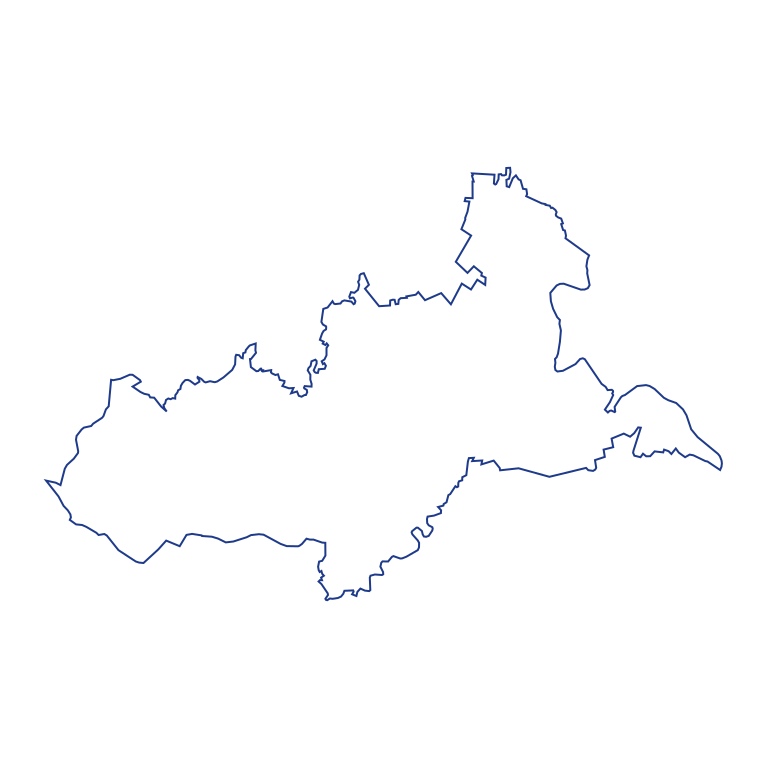 Quoc Oai, Ha Noi, Vietnam
{"feature_id": "81297802B41330613652559", "entity_name": "Quoc Oai", "entity_type": "district", "adm_level": 2, "iso_a3": "VNM", "parent_name": "Vietnam", "parent_adm1": "Ha Noi", "projection": "robinson", "projection_center": [105.6, 20.978], "detail": "fine", "context": "isolated", "style": "outline", "palette": "blue", "viewbox_px": 768, "rotation_deg": 0, "n_neighbors": 0, "source": "geoboundaries", "source_scale": "gbopen_adm2", "svg_char_len": 6102}
<svg xmlns="http://www.w3.org/2000/svg" viewBox="0 0 768 768"><path d="M720.1,470.0L721.5,466.7L721.9,463.3L721.5,460.4L719.8,456.2L718.0,453.9L697.6,437.1L691.2,429.3L686.5,415.3L683.0,409.4L676.2,403.0L668.3,400.2L663.9,397.8L654.6,389.0L649.6,386.0L646.0,385.1L637.1,386.1L625.0,395.0L622.3,396.0L620.9,397.3L614.6,406.9L615.2,411.6L614.7,412.1L611.2,410.5L609.6,410.9L607.9,412.5L604.9,409.6L609.9,402.2L613.2,395.0L612.2,393.4L613.1,391.9L612.9,390.7L611.8,389.8L607.6,390.1L605.7,386.9L601.6,383.9L584.8,359.2L582.8,358.3L580.1,359.0L575.5,364.1L562.9,370.8L557.4,371.5L555.4,370.0L554.8,366.8L555.4,362.9L555.0,359.0L556.7,357.2L558.0,353.6L559.9,341.9L560.9,330.4L559.4,323.8L559.9,320.0L557.2,317.2L553.1,308.8L550.9,301.3L550.3,292.9L556.6,285.5L559.9,283.9L563.7,283.7L580.8,289.6L584.7,289.5L587.8,288.2L589.6,285.1L587.2,273.4L587.4,270.1L586.4,266.3L587.4,259.7L589.1,255.4L565.5,238.3L566.0,235.6L564.9,230.5L563.1,230.0L561.2,224.1L562.9,223.4L561.2,218.6L558.1,217.4L556.0,215.7L555.8,214.4L556.6,212.1L555.4,210.0L552.5,207.7L551.1,208.0L549.8,205.7L545.5,204.9L545.5,204.1L541.8,203.4L526.2,196.2L527.1,194.1L526.4,189.3L523.0,188.8L520.6,180.3L518.6,179.4L515.9,175.4L512.8,178.3L509.2,187.1L506.7,186.3L506.4,179.9L509.1,178.7L510.5,172.2L510.1,167.8L506.3,168.0L506.0,174.7L504.3,175.4L501.9,175.3L501.1,174.1L498.7,174.4L498.5,179.2L496.2,184.0L495.2,184.5L493.9,183.5L494.5,174.7L472.0,173.4L472.8,175.1L472.0,175.8L473.7,181.5L472.5,181.5L472.6,198.2L465.5,197.9L464.7,201.1L469.4,201.6L467.5,211.7L465.2,217.9L465.3,219.6L461.4,229.2L471.1,235.6L455.8,261.8L467.5,272.9L473.8,266.3L481.9,273.0L481.3,275.6L485.6,277.6L485.2,284.9L477.3,279.7L471.0,289.5L461.8,283.6L450.9,304.3L441.2,293.1L425.0,300.2L418.3,292.0L415.8,294.7L406.4,296.4L406.9,297.8L400.6,298.2L398.7,299.9L398.3,303.9L395.7,304.2L394.6,299.8L392.7,299.7L390.2,300.5L390.0,305.5L379.1,306.2L365.0,288.7L368.9,284.8L363.8,273.2L360.9,274.0L359.6,275.4L359.4,279.6L358.1,281.8L359.2,284.8L358.0,289.8L354.4,292.8L351.0,292.1L349.3,296.6L349.9,298.3L353.0,297.5L353.6,297.9L355.4,301.2L354.7,303.6L353.6,304.2L351.4,301.6L344.4,300.4L342.1,301.3L340.5,303.5L335.2,304.1L333.9,303.6L332.5,301.2L327.6,307.5L323.3,308.9L321.4,321.9L322.9,324.5L326.1,326.4L326.2,327.9L326.0,329.4L323.6,330.9L322.1,333.5L319.9,339.8L323.7,341.7L322.7,343.6L325.4,345.0L326.7,343.4L328.2,345.3L326.5,348.0L326.5,355.3L324.5,359.4L321.7,361.3L322.9,364.1L324.4,363.2L325.9,365.8L324.7,368.8L318.8,369.2L317.9,372.9L316.0,372.8L314.7,372.1L313.7,370.4L316.6,363.6L316.6,361.0L315.4,359.7L311.5,361.3L310.6,365.9L308.5,368.1L307.7,370.3L310.4,374.8L310.3,379.6L311.6,383.9L311.5,386.6L304.7,386.1L304.0,387.7L304.3,388.4L306.8,389.9L307.2,392.2L305.9,395.0L304.4,395.1L301.6,396.7L298.8,395.8L297.0,391.5L291.1,393.3L293.5,388.0L289.0,388.3L282.4,386.0L284.4,382.6L284.5,381.0L279.8,379.9L278.0,374.3L275.4,375.0L272.0,373.4L271.0,372.4L271.2,370.1L262.8,371.5L262.3,371.3L262.9,370.2L261.4,370.1L261.2,368.7L260.5,368.7L258.3,371.0L256.4,371.2L250.9,367.1L250.0,359.1L251.0,359.0L256.0,352.8L255.4,350.3L255.7,343.5L249.9,345.4L248.8,346.4L245.8,350.1L245.4,352.4L243.2,353.2L242.7,358.3L241.2,357.8L239.1,355.2L236.2,354.8L235.5,356.6L235.1,364.4L232.2,369.9L223.5,377.4L217.2,381.5L214.7,382.2L210.0,381.2L205.7,382.4L204.3,381.9L201.3,378.9L197.7,377.0L197.5,377.8L199.3,380.3L199.4,381.7L195.0,384.5L190.0,380.8L187.9,379.9L185.3,380.1L182.6,382.9L180.9,385.8L180.4,389.0L178.1,390.3L177.5,392.3L175.3,395.2L175.2,398.6L172.7,398.1L170.7,399.2L168.3,398.5L166.0,400.0L165.1,403.5L163.5,405.0L164.3,408.1L166.7,411.5L161.1,406.5L154.2,397.7L150.2,397.4L148.8,394.8L144.2,393.8L140.5,392.0L132.6,386.6L140.8,381.7L140.0,380.1L132.6,374.8L129.8,374.7L120.3,378.8L113.2,380.2L111.1,379.8L108.7,406.3L105.9,409.4L103.5,416.0L102.2,417.7L93.1,423.7L91.2,426.0L83.9,427.6L81.6,429.5L76.6,435.9L76.0,439.7L78.2,451.2L78.0,453.0L73.8,458.7L67.0,464.9L64.8,468.7L60.5,485.1L55.8,482.7L46.1,480.6L58.5,496.4L63.6,505.9L67.8,510.3L70.4,514.4L70.9,517.4L69.8,519.9L76.1,524.4L82.1,525.0L86.4,526.9L96.4,532.8L98.6,535.0L104.3,534.0L106.8,535.5L118.5,550.2L135.8,561.5L139.2,562.6L143.5,563.0L158.4,549.3L166.2,540.6L179.7,546.2L186.5,534.9L192.1,533.9L201.7,535.4L202.0,536.0L211.9,536.7L218.1,538.6L225.8,542.4L233.4,541.5L246.8,537.2L251.0,535.1L258.9,534.2L263.6,534.7L280.6,543.9L286.7,546.1L298.0,546.3L299.4,545.8L302.0,543.9L306.5,538.7L309.9,539.6L313.5,539.6L322.2,542.6L325.3,542.8L325.4,555.6L322.2,560.8L319.1,561.6L318.1,566.7L318.7,570.2L319.7,572.0L321.4,571.0L322.2,573.8L323.9,575.7L321.1,577.6L322.0,580.2L320.0,580.1L318.6,581.5L321.4,584.0L327.7,593.3L328.0,595.0L325.4,598.8L325.9,599.8L327.2,600.2L329.9,598.5L332.7,598.8L337.9,598.0L341.0,596.6L343.3,593.8L344.4,590.8L353.2,590.4L353.6,591.7L352.1,594.3L356.4,596.0L357.4,591.9L360.4,588.6L364.9,590.6L369.2,591.1L370.3,590.1L369.8,577.6L370.5,575.7L374.9,574.5L382.0,575.0L383.2,574.3L383.1,572.1L380.4,566.7L381.3,562.7L382.5,561.4L388.1,561.5L391.9,556.9L393.4,556.1L400.2,558.5L402.1,558.4L406.4,556.7L417.8,550.1L419.0,547.4L419.1,542.9L417.8,540.5L412.4,534.4L411.6,532.3L412.1,531.2L416.4,527.7L417.9,527.7L421.9,531.0L422.7,534.4L423.9,536.5L426.1,536.8L428.7,535.9L432.3,530.5L432.7,528.5L432.3,527.2L428.7,525.3L427.2,523.1L427.0,519.0L427.6,516.6L434.0,515.6L440.9,513.1L441.1,510.3L438.1,507.0L443.4,505.6L443.7,504.0L446.5,502.3L448.4,495.1L450.2,494.1L455.4,486.2L456.9,487.2L458.2,486.5L458.3,482.9L459.0,481.3L462.2,480.3L462.3,477.2L466.3,475.2L467.9,461.6L468.9,458.1L473.8,457.8L472.2,461.1L482.2,460.5L481.4,464.4L493.7,460.6L499.7,468.0L500.1,470.3L518.6,468.3L549.4,476.8L586.1,467.9L588.3,470.2L593.1,470.9L595.2,469.6L596.2,467.8L595.0,460.1L604.8,456.9L603.6,449.6L613.2,447.2L611.6,438.6L623.8,433.6L630.1,436.7L634.2,433.2L638.2,427.4L640.8,427.7L633.5,450.6L633.1,452.8L634.4,455.7L640.5,457.2L643.0,453.7L646.2,456.3L650.2,456.2L654.6,451.4L663.2,452.4L664.1,449.6L668.6,451.2L671.4,454.0L675.8,448.5L678.8,452.6L685.1,457.2L689.7,454.6L693.4,455.3L705.4,461.1L707.5,461.5L720.1,470.0Z" fill="none" stroke="#1e3a8a" stroke-width="2"/></svg>